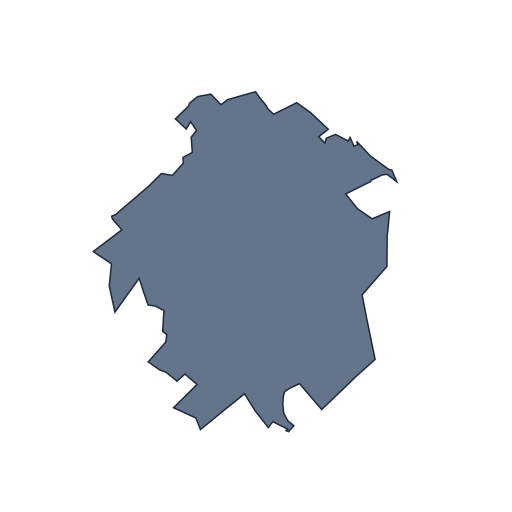 Cumpas, Sonora, Mexico (Albers equal-area conic projection), rotated 141°
{"feature_id": "50627088B14847399319880", "entity_name": "Cumpas", "entity_type": "district", "adm_level": 2, "iso_a3": "MEX", "parent_name": "Mexico", "parent_adm1": "Sonora", "projection": "albers", "projection_center": [-109.812, 30.065], "detail": "fine", "context": "isolated", "style": "filled", "palette": "slate", "viewbox_px": 512, "rotation_deg": 141, "n_neighbors": 0, "source": "geoboundaries", "source_scale": "gbopen_adm2", "svg_char_len": 1830}
<svg xmlns="http://www.w3.org/2000/svg" viewBox="0 0 512 512"><g transform="rotate(141 256 256)"><path d="M402.6,228.3L399.0,222.0L396.9,212.1L396.2,208.5L385.5,209.0L382.7,193.3L397.4,191.8L415.6,190.0L404.7,167.9L408.4,156.1L377.0,156.2L372.2,156.2L354.8,156.1L351.6,156.1L354.1,136.4L354.4,115.0L347.2,116.7L340.3,101.4L342.5,101.4L341.3,99.0L333.4,100.3L334.3,105.0L335.0,107.1L333.5,116.3L328.1,124.4L322.7,130.1L319.5,132.2L318.8,132.6L317.9,132.5L317.0,132.4L316.7,132.4L313.1,132.0L302.5,129.5L301.6,95.4L266.1,98.3L253.7,99.5L250.0,99.6L249.9,99.7L241.8,100.0L240.9,100.1L230.0,100.6L228.5,100.7L222.4,112.5L214.8,127.1L208.4,139.5L197.9,159.1L196.7,159.2L196.5,159.3L160.7,165.5L154.7,173.0L154.3,173.4L143.8,186.2L143.2,186.9L141.9,188.5L124.1,206.5L142.3,211.8L147.4,228.9L147.4,230.8L147.2,247.8L120.4,241.8L118.4,242.3L107.0,239.6L102.8,237.1L99.8,225.3L96.4,237.3L98.3,239.6L104.1,261.4L105.6,281.1L106.1,281.0L106.5,278.4L110.8,279.6L108.3,288.9L111.9,287.2L116.0,296.6L117.8,300.5L127.2,303.3L131.3,300.4L132.2,309.2L120.1,309.1L122.7,328.4L123.3,333.0L127.9,349.5L153.1,355.1L154.1,362.2L154.2,362.5L153.4,367.7L153.5,376.9L153.0,383.9L154.3,384.5L179.6,395.4L188.0,395.6L188.5,401.3L189.2,410.2L200.9,416.6L208.7,416.6L211.6,416.5L214.1,414.9L232.4,413.3L232.3,413.0L230.4,399.1L230.4,398.6L229.0,399.1L222.2,401.5L223.3,390.9L231.5,389.2L240.3,376.6L250.8,378.5L254.0,373.9L270.2,371.3L277.6,379.6L292.3,378.1L293.5,378.0L294.8,377.8L334.3,376.7L335.9,376.7L336.0,376.7L339.6,376.6L342.7,377.8L343.5,377.2L344.3,374.7L344.1,368.9L344.0,367.1L343.9,360.8L379.7,361.9L373.2,340.9L388.9,325.1L400.9,301.2L377.3,307.7L360.8,312.2L366.4,297.8L366.8,296.5L370.7,285.8L365.8,280.5L361.9,271.6L376.0,256.1L374.8,251.1L380.3,245.9L406.4,241.5L402.6,228.3Z" fill="#64748b" stroke="#1e293b" stroke-width="1.5"/></g></svg>